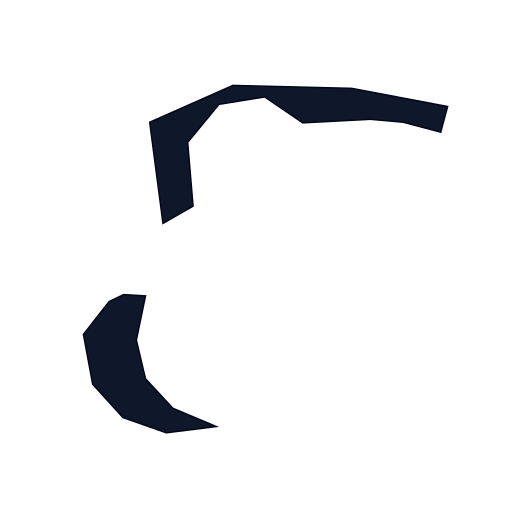 the Province of Cocos (Keeling) Islands, rotated 105°
{"feature_id": "IOA-1928", "entity_name": "Cocos (Keeling) Islands", "entity_type": "Province", "adm_level": 1, "iso_a3": "IOA", "parent_name": "Indian Ocean Territories", "parent_adm1": "", "projection": "albers", "projection_center": [96.87, -12.163], "detail": "fine", "context": "isolated", "style": "filled", "palette": "ink", "viewbox_px": 512, "rotation_deg": 105, "n_neighbors": 0, "source": "natural_earth", "source_scale": "10m", "svg_char_len": 478}
<svg xmlns="http://www.w3.org/2000/svg" viewBox="0 0 512 512"><g transform="rotate(105 256 256)"><path d="M224.1,329.7L248.6,354.3L154.3,393.3L97.2,322.5L69.3,207.0L62.0,109.6L88.6,109.6L88.7,148.6L94.4,181.0L115.3,245.3L100.1,288.8L119.1,331.0L163.9,351.4L224.1,329.7ZM376.4,402.4L338.0,386.1L327.5,373.8L323.1,352.4L368.2,349.8L403.1,331.0L424.6,296.9L431.0,250.2L450.0,296.9L446.5,342.7L422.1,380.6L376.4,402.4Z" fill="#0f172a" stroke="#020617" stroke-width="1.5"/></g></svg>